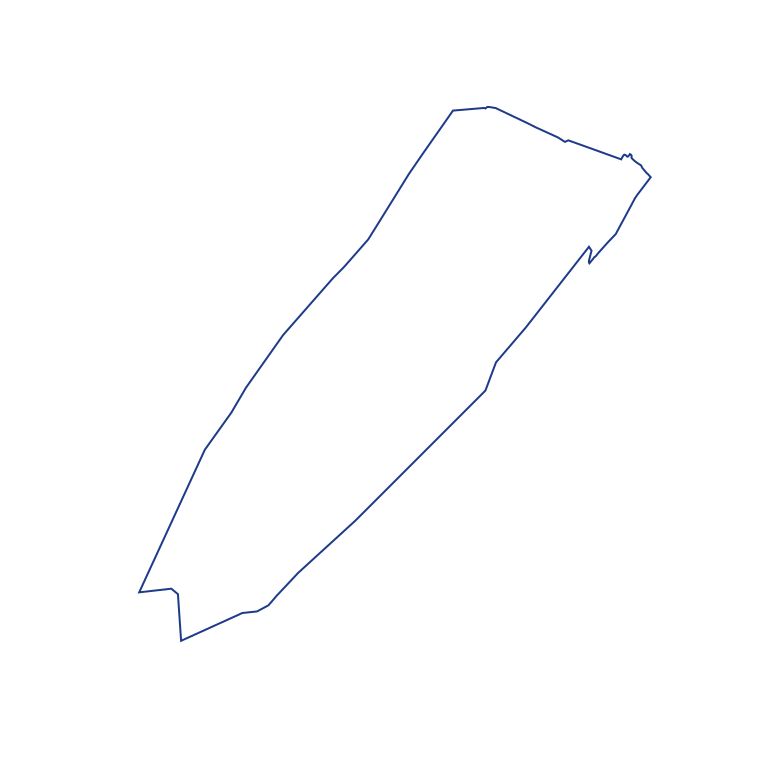 the district of San Andrés Huayápam, Oaxaca, Mexico, rotated 212°
{"feature_id": "50627088B54075186818998", "entity_name": "San Andrés Huayápam", "entity_type": "district", "adm_level": 2, "iso_a3": "MEX", "parent_name": "Mexico", "parent_adm1": "Oaxaca", "projection": "natural_earth1", "projection_center": [-96.677, 17.131], "detail": "fine", "context": "isolated", "style": "outline", "palette": "blue", "viewbox_px": 768, "rotation_deg": 212, "n_neighbors": 0, "source": "geoboundaries", "source_scale": "gbopen_adm2", "svg_char_len": 1492}
<svg xmlns="http://www.w3.org/2000/svg" viewBox="0 0 768 768"><g transform="rotate(212 384 384)"><path d="M481.2,77.6L455.9,97.7L447.4,96.6L420.0,58.7L399.8,89.1L382.8,114.7L371.2,123.8L364.7,135.1L362.8,147.6L356.7,178.4L335.9,252.9L294.5,432.2L300.5,461.8L293.7,506.9L282.9,609.0L278.6,607.0L277.5,603.3L276.6,600.6L276.0,598.5L275.3,596.7L274.6,595.7L273.8,595.2L273.7,595.7L273.6,596.4L273.6,596.6L273.3,598.7L273.0,600.8L272.9,602.8L272.2,604.3L271.8,607.4L271.7,608.2L271.7,608.4L271.7,608.5L270.7,614.3L269.7,620.1L269.6,620.6L269.1,623.3L269.1,623.5L267.0,633.5L266.9,634.4L267.0,635.1L268.2,653.7L268.8,662.8L269.0,666.1L269.6,674.4L269.6,674.7L269.5,676.4L269.5,678.2L269.2,681.2L268.4,689.9L267.4,700.7L272.0,702.0L272.8,702.0L279.1,704.0L280.4,704.7L280.8,705.0L281.4,705.4L282.2,705.7L283.8,705.6L286.4,705.7L287.4,705.7L290.6,706.1L291.3,706.3L293.3,706.7L294.1,707.1L294.5,707.9L294.7,708.5L295.1,708.8L295.7,709.2L296.2,709.3L297.3,709.3L297.3,708.1L297.6,706.2L298.2,705.7L298.5,705.7L299.0,705.9L299.7,706.1L301.2,706.1L301.8,705.7L302.1,704.6L302.0,704.1L302.1,703.0L302.0,701.4L301.9,700.2L356.8,688.3L358.9,685.2L366.8,685.3L391.1,682.1L399.8,681.3L435.5,677.2L440.8,675.0L441.5,674.7L443.2,673.7L444.0,671.4L444.7,671.3L445.3,671.2L470.4,652.4L470.7,646.0L473.1,600.6L474.2,575.2L474.1,550.5L474.0,513.3L474.0,498.3L476.2,484.6L479.9,462.1L483.4,446.5L495.5,372.1L499.1,307.7L498.3,278.8L501.1,233.3L481.2,77.6Z" fill="none" stroke="#1e3a8a" stroke-width="2"/></g></svg>